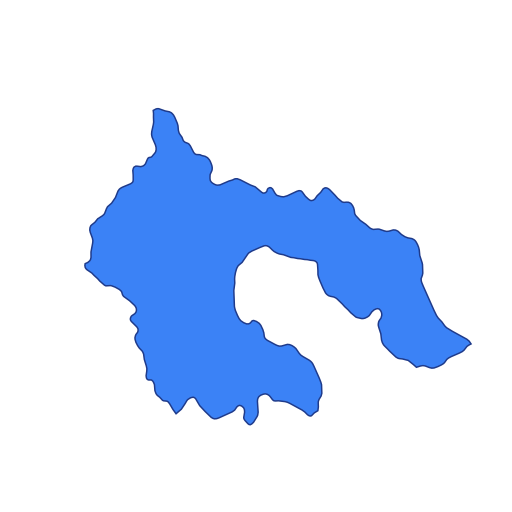 the district of San José de Ocoa, San José de Ocoa, Dominican Republic, rotated 156°
{"feature_id": "3306468B57713364990292", "entity_name": "San José de Ocoa", "entity_type": "district", "adm_level": 2, "iso_a3": "DOM", "parent_name": "Dominican Republic", "parent_adm1": "San José de Ocoa", "projection": "equal_earth", "projection_center": [-70.491, 18.553], "detail": "fine", "context": "isolated", "style": "filled", "palette": "blue", "viewbox_px": 512, "rotation_deg": 156, "n_neighbors": 0, "source": "geoboundaries", "source_scale": "gbopen_adm2", "svg_char_len": 6131}
<svg xmlns="http://www.w3.org/2000/svg" viewBox="0 0 512 512"><g transform="rotate(156 256 256)"><path d="M270.8,375.8L271.2,383.2L271.7,385.5L272.4,386.6L274.5,388.7L275.1,389.8L275.5,391.0L275.3,394.6L276.1,398.4L276.2,400.0L275.8,402.4L274.3,406.7L273.9,409.3L273.8,415.6L274.0,418.2L274.5,419.9L275.1,421.3L276.5,423.0L279.9,425.4L285.0,430.2L286.4,430.8L287.7,431.0L290.7,430.8L291.6,428.0L293.2,424.5L295.0,420.0L296.3,417.9L300.6,412.1L301.8,409.9L302.3,408.3L302.6,406.6L302.7,398.5L303.1,395.9L304.0,393.7L305.3,392.0L306.5,391.2L310.8,389.1L311.9,389.0L313.7,389.5L314.8,389.3L315.8,388.6L319.6,385.1L321.6,384.3L322.9,384.2L324.9,384.5L328.2,386.5L329.4,387.0L331.3,386.8L332.4,386.0L333.7,384.3L335.3,379.9L337.3,375.3L338.1,374.1L338.6,373.7L339.9,373.2L341.2,373.0L350.1,373.2L352.3,373.0L353.7,372.6L355.6,371.5L360.6,366.6L366.4,363.0L371.6,361.4L373.4,360.0L376.7,356.7L378.0,355.8L380.0,355.2L385.4,354.4L389.5,352.3L393.4,351.3L394.7,350.8L396.2,349.3L397.3,347.3L397.8,344.9L398.2,338.8L398.8,336.3L400.0,334.2L405.1,326.8L407.3,321.8L408.6,320.1L409.7,319.3L412.4,318.5L415.2,318.5L416.2,316.9L416.7,314.9L416.5,313.5L416.0,312.2L412.9,307.2L411.8,304.1L409.9,299.8L408.9,296.6L406.3,291.0L405.3,289.8L401.0,288.2L399.9,287.4L397.3,284.8L394.5,281.1L393.6,279.2L393.3,277.9L393.7,274.9L393.4,273.0L389.7,266.6L387.0,260.2L386.7,258.7L386.6,257.4L386.9,256.0L387.5,254.7L388.4,253.6L390.1,252.6L393.5,252.0L394.6,251.6L396.0,250.3L396.6,249.1L396.7,248.3L396.5,246.9L393.7,239.7L393.4,237.7L393.8,236.4L394.4,235.3L395.3,234.4L397.5,233.2L398.5,232.3L399.8,230.6L400.4,229.0L400.8,226.1L400.6,222.3L400.1,219.5L398.6,215.3L398.5,213.7L398.6,212.0L400.1,206.9L400.9,200.3L401.5,197.5L402.6,195.3L405.1,191.3L405.7,189.2L405.6,187.8L405.3,187.2L404.5,186.4L402.2,185.4L401.8,185.0L401.2,183.7L401.0,182.2L401.1,179.8L403.1,174.1L403.3,171.6L403.2,170.1L402.8,168.7L401.4,166.1L400.1,162.2L399.3,161.3L396.4,159.6L395.6,158.5L395.0,156.1L394.3,149.7L393.2,144.4L386.5,146.4L380.8,150.0L378.0,152.0L376.8,152.6L373.4,153.1L370.9,152.6L369.9,151.7L369.2,150.3L368.3,142.2L365.7,134.6L362.5,126.7L361.2,125.0L360.1,124.1L358.0,123.4L355.7,123.2L341.1,123.3L338.2,123.9L334.9,125.9L333.0,126.4L331.7,126.2L330.2,124.9L329.2,122.8L329.0,122.0L329.1,120.3L329.9,118.0L332.8,113.6L333.1,112.9L333.2,111.4L332.9,110.0L331.6,106.1L330.9,104.9L329.9,104.2L328.2,104.3L325.9,105.1L320.3,108.9L319.2,109.9L317.6,112.4L313.8,122.7L312.7,124.6L311.7,125.6L310.5,126.4L308.4,126.9L305.6,126.8L303.6,126.3L301.9,125.0L300.7,123.2L300.2,121.7L299.4,118.1L298.8,116.8L298.4,116.4L297.3,115.7L294.4,114.6L288.6,111.1L286.8,109.6L285.1,107.7L276.6,96.6L274.9,93.7L273.5,90.0L272.4,88.4L271.4,87.7L270.3,87.5L266.5,89.0L262.4,89.5L260.4,92.8L258.9,96.5L258.2,97.8L256.8,99.3L253.5,101.6L251.7,103.8L248.5,111.7L248.1,114.3L247.9,118.8L247.9,131.6L248.0,134.3L248.3,136.0L248.9,137.6L249.7,139.1L254.0,145.0L255.3,147.1L256.1,149.4L257.2,155.3L258.3,157.6L259.7,159.7L261.4,161.4L263.3,162.5L269.4,163.4L271.4,164.2L273.2,165.8L274.8,167.7L279.9,174.3L281.0,176.4L281.3,177.9L281.1,179.3L280.1,182.7L279.7,186.1L279.8,190.6L280.4,193.1L282.2,196.0L284.3,198.0L284.9,198.2L286.0,198.3L288.5,197.1L290.3,197.0L292.2,197.8L294.4,200.1L296.2,203.0L296.9,205.6L297.1,209.2L297.0,214.6L296.6,217.2L296.2,218.8L290.3,233.5L286.4,239.9L284.9,243.7L283.8,245.8L281.5,249.2L278.9,252.3L277.7,253.3L276.5,254.2L275.2,254.7L271.3,255.8L262.7,261.1L261.5,261.7L257.9,262.2L248.9,262.2L244.5,262.0L243.1,261.6L241.9,260.9L240.9,259.8L240.1,258.6L238.7,255.0L237.6,252.7L235.6,250.1L233.9,248.4L230.4,246.0L224.7,240.5L222.2,239.1L218.9,236.7L216.5,235.4L213.1,233.1L210.6,231.8L207.9,229.9L205.6,228.6L204.5,227.8L203.7,226.8L203.1,225.5L203.0,224.8L203.2,223.4L205.2,217.9L207.0,213.7L207.5,211.0L207.7,207.3L207.8,199.6L207.5,194.0L207.0,192.3L205.9,190.3L204.4,188.9L201.7,187.0L200.3,185.4L199.5,184.1L196.6,176.9L195.6,173.7L193.8,169.5L192.5,165.6L189.6,159.6L188.7,158.7L185.0,155.9L183.7,155.3L181.7,154.9L178.9,155.0L176.8,155.5L172.8,157.9L169.9,158.8L167.8,158.8L166.4,158.5L165.2,157.6L164.8,156.9L164.4,155.4L164.3,153.8L164.6,152.2L165.2,150.7L167.0,148.5L169.8,146.8L170.8,145.9L172.0,144.1L172.6,142.6L172.9,140.7L173.6,134.2L175.5,128.1L175.8,125.5L175.6,123.0L175.1,121.4L173.7,117.8L172.6,114.7L169.3,106.8L168.0,105.0L167.0,104.1L164.1,102.4L159.4,98.7L156.4,92.9L154.7,89.1L150.4,88.6L148.1,88.0L146.2,86.8L142.9,83.5L141.1,82.1L138.9,81.3L134.9,81.0L131.0,81.1L128.7,81.4L127.2,81.9L123.8,83.9L121.6,84.5L118.4,84.7L109.6,84.6L106.4,84.8L104.2,85.4L100.1,87.6L98.1,88.0L95.3,88.2L95.9,91.5L97.3,94.3L107.2,107.3L111.1,113.0L112.0,115.4L113.0,120.2L114.8,125.3L115.3,128.2L115.5,134.1L115.5,160.2L115.4,164.0L115.2,165.8L114.4,168.1L111.8,170.8L110.6,172.5L107.4,180.4L107.0,182.2L106.2,189.8L104.4,195.1L103.9,197.9L103.8,200.7L104.0,203.6L104.4,205.4L105.1,206.8L106.5,208.5L109.9,210.8L112.1,213.0L114.4,216.5L116.2,220.8L117.1,222.0L118.1,223.0L120.0,224.0L124.4,224.6L126.6,225.3L128.4,226.6L132.4,230.3L133.6,231.0L138.1,232.6L139.1,233.5L140.1,234.6L140.8,235.8L142.8,240.3L146.3,246.1L148.5,252.6L148.6,254.6L147.6,257.9L147.2,260.3L147.3,262.9L147.9,265.3L148.7,266.5L149.7,267.5L151.5,268.4L153.8,269.2L155.3,270.3L157.9,275.5L159.1,279.4L161.8,286.8L163.0,288.7L164.0,289.6L165.2,290.2L167.2,290.1L171.1,287.8L175.6,286.2L178.9,284.2L180.8,283.7L182.7,284.0L183.8,284.7L184.9,286.5L186.6,290.5L187.7,295.7L188.3,297.0L188.9,297.5L190.1,298.2L192.2,298.5L202.9,298.3L206.7,298.8L209.1,300.2L211.6,302.3L212.5,303.3L213.1,305.7L213.6,310.5L214.3,311.9L214.7,312.4L215.8,312.9L217.5,312.8L218.5,312.2L219.8,310.7L221.4,310.0L223.1,310.2L224.1,310.8L224.9,311.9L228.6,319.5L232.2,323.1L239.4,332.0L241.7,334.2L243.0,334.8L244.3,335.1L246.5,335.0L250.4,335.5L259.9,335.6L262.2,336.3L263.5,337.1L264.6,338.2L266.0,340.1L266.7,341.5L267.0,343.1L267.0,343.9L266.4,345.8L264.9,348.9L264.0,349.8L261.6,351.9L260.8,353.0L260.1,354.4L259.6,356.2L259.4,358.1L259.3,361.0L259.5,362.9L260.3,365.5L262.0,367.8L264.5,369.7L266.1,371.4L269.1,372.9L270.0,373.7L270.8,375.8Z" fill="#3b82f6" stroke="#1e3a8a" stroke-width="1.5"/></g></svg>